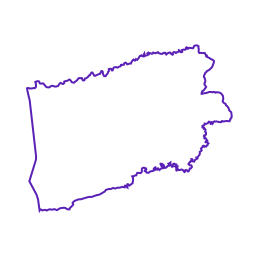 outline of Worodougou, Worodougou, Ivory Coast, rotated 83°
{"feature_id": "98640826B81277132888560", "entity_name": "Worodougou", "entity_type": "district", "adm_level": 2, "iso_a3": "CIV", "parent_name": "Ivory Coast", "parent_adm1": "Worodougou", "projection": "mercator", "projection_center": [-6.759, 8.427], "detail": "fine", "context": "isolated", "style": "outline", "palette": "violet", "viewbox_px": 256, "rotation_deg": 83, "n_neighbors": 0, "source": "geoboundaries", "source_scale": "gbopen_adm2", "svg_char_len": 5652}
<svg xmlns="http://www.w3.org/2000/svg" viewBox="0 0 256 256"><g transform="rotate(83 128 128)"><path d="M78.1,194.3L78.0,195.5L77.2,196.9L76.9,198.5L76.9,199.1L78.1,201.1L77.6,203.7L76.7,204.7L75.7,205.0L75.0,205.8L73.5,206.6L73.3,207.3L73.4,208.7L73.0,210.0L70.8,210.8L70.5,212.3L70.9,214.3L72.1,214.0L72.5,214.2L74.8,214.1L75.9,214.3L76.8,215.2L77.1,215.8L76.8,216.5L77.0,217.9L76.9,220.6L76.1,221.9L76.3,223.4L81.1,223.1L88.6,222.2L145.4,222.7L148.4,223.3L168.8,232.4L182.8,227.0L187.8,226.0L199.1,225.8L198.4,225.2L198.2,224.4L199.3,223.2L199.1,220.6L199.3,219.7L200.0,218.8L199.2,216.5L199.2,215.2L199.8,213.8L199.6,210.8L200.9,208.5L199.4,205.3L199.3,202.2L199.6,200.2L201.3,198.0L201.7,196.1L200.6,195.6L197.4,191.7L196.7,191.7L196.0,192.1L195.3,192.0L194.1,190.3L193.4,188.5L193.3,187.5L192.8,186.0L193.0,183.5L191.6,175.4L192.0,172.5L190.7,166.8L190.9,166.5L190.5,164.1L188.2,158.8L186.8,157.6L186.2,154.5L186.5,152.7L185.7,150.0L186.5,148.3L186.0,145.8L186.2,143.2L185.7,140.9L186.5,138.6L185.3,138.3L184.8,137.9L185.0,137.4L185.9,137.0L186.9,135.9L185.0,136.0L183.7,135.4L183.8,134.8L185.3,133.8L183.4,130.2L180.1,129.3L178.1,129.1L176.5,129.7L176.4,127.7L175.9,126.8L176.0,125.6L173.7,124.3L173.9,122.3L174.3,121.3L174.2,120.7L173.3,119.7L170.2,119.2L169.7,118.8L169.3,117.5L169.4,116.8L170.1,116.0L170.1,115.2L171.1,114.8L171.8,115.4L172.3,116.6L172.7,116.7L173.5,115.3L174.5,115.0L175.0,113.1L173.8,111.2L173.7,108.6L172.9,106.4L172.0,106.4L171.6,107.3L170.7,106.5L170.4,105.6L171.4,105.4L172.8,104.5L172.9,104.1L171.8,103.6L171.7,103.1L173.5,101.9L172.0,99.7L172.2,98.2L172.0,97.6L171.2,97.6L169.4,99.7L168.2,100.1L167.4,100.0L167.7,98.5L168.6,98.1L168.8,97.3L169.6,97.2L170.2,96.8L171.9,96.4L172.2,96.1L171.7,94.5L170.5,93.3L170.5,91.9L170.2,91.2L169.0,90.9L168.5,91.3L168.5,92.1L168.3,92.2L168.0,91.0L167.4,90.1L169.4,90.2L170.8,89.4L171.7,89.3L171.9,88.9L171.7,88.3L169.3,87.6L169.1,87.3L169.1,86.2L169.7,85.8L170.1,84.4L171.2,84.5L171.0,85.3L171.8,86.0L172.2,84.7L172.2,83.5L172.7,83.7L173.4,85.1L174.6,84.9L175.7,85.3L176.1,85.0L175.6,84.1L174.2,84.0L174.2,83.8L175.9,83.1L176.1,81.6L175.7,80.1L176.1,78.9L178.6,77.4L178.4,76.9L176.8,76.3L176.7,75.9L177.0,74.8L178.3,74.2L178.5,73.6L178.0,72.7L175.7,71.6L175.8,70.6L174.6,69.4L173.9,69.3L173.1,69.6L172.8,69.8L172.4,71.4L171.1,72.4L170.9,72.3L170.2,71.3L169.3,70.9L169.3,70.3L168.5,69.8L168.1,68.8L166.6,68.9L166.7,68.1L167.2,67.8L168.8,68.5L169.4,66.3L168.5,65.9L167.6,65.1L166.8,62.9L165.6,63.6L165.5,62.5L162.9,60.0L160.3,59.6L160.0,58.4L159.2,57.6L157.5,58.1L157.0,57.5L156.6,57.4L156.1,56.4L155.3,56.2L154.8,55.4L154.9,54.8L155.9,54.4L155.6,53.6L155.9,52.6L155.1,52.1L154.7,51.1L153.5,50.8L153.1,50.1L151.7,51.2L151.6,52.6L151.4,52.8L150.7,52.4L151.0,51.2L150.5,50.7L147.7,52.1L147.2,52.7L147.7,53.3L147.6,53.5L146.9,53.4L146.4,53.0L145.3,53.7L144.6,53.3L144.6,52.3L144.0,51.4L142.1,51.1L141.2,51.9L140.9,51.9L140.2,51.5L139.1,51.3L138.0,52.0L138.3,52.6L137.7,53.0L136.8,52.6L136.4,54.0L135.0,53.9L134.1,51.6L133.0,51.4L133.4,49.9L133.0,48.2L131.6,47.1L131.9,46.0L132.6,45.9L133.5,45.0L134.0,45.2L134.0,44.5L133.6,44.2L132.4,43.9L132.8,42.9L133.2,42.9L132.3,42.2L131.9,41.4L132.3,40.7L132.2,39.5L133.4,36.3L133.5,34.7L132.9,34.4L132.5,33.7L133.2,32.4L133.0,29.4L133.7,26.5L132.5,25.8L132.1,25.3L131.5,25.3L130.1,23.9L128.4,23.6L124.9,23.6L123.0,25.3L120.6,25.7L118.3,26.9L117.5,27.9L115.9,28.3L114.7,29.9L113.2,30.8L111.0,30.0L109.1,29.8L107.6,29.9L105.1,31.3L103.8,33.3L103.3,35.8L103.6,36.6L103.3,37.4L102.8,37.6L102.6,38.7L102.9,39.8L102.4,40.7L102.2,43.5L102.8,46.0L102.8,49.2L103.2,50.1L103.0,50.8L102.1,50.6L100.6,49.9L99.9,48.3L96.8,45.4L94.1,46.8L92.9,46.7L92.2,46.0L90.5,45.5L87.7,45.8L86.7,46.4L85.6,46.3L82.5,44.4L81.9,43.3L81.2,42.8L80.2,40.3L77.8,37.1L73.4,34.8L72.1,34.5L71.6,34.7L70.4,36.0L69.6,37.5L68.5,38.6L66.5,41.7L66.0,41.7L65.8,40.9L65.6,40.9L64.5,42.1L63.0,42.6L62.6,45.5L62.3,46.2L62.3,47.9L61.9,48.4L60.4,48.6L58.4,48.1L57.0,48.4L55.6,48.0L54.6,49.0L54.3,50.1L54.4,51.6L54.9,52.6L56.3,53.2L56.8,53.8L55.9,57.2L56.6,58.5L56.5,59.9L56.0,59.8L55.6,59.0L55.0,60.1L55.4,60.7L57.1,61.3L57.2,62.7L56.9,63.5L57.2,65.0L58.8,64.8L59.2,65.1L59.3,65.9L59.0,66.7L57.3,67.5L57.0,68.0L57.7,68.1L58.4,68.6L58.8,70.4L59.7,70.9L60.0,70.8L58.4,72.3L58.2,73.3L59.2,74.5L60.4,74.4L60.7,74.7L60.0,75.9L59.3,76.1L58.9,76.5L58.9,76.8L58.2,77.1L58.3,78.8L59.7,81.0L58.8,81.4L58.6,81.9L57.9,81.8L57.8,82.1L57.9,83.8L58.1,84.5L58.5,84.8L58.6,85.8L57.4,88.5L56.6,88.7L56.4,89.0L57.2,91.6L56.2,93.8L57.0,94.3L57.3,95.2L56.5,96.5L56.5,97.4L55.6,98.5L56.0,99.2L56.3,98.4L57.4,98.3L57.6,98.5L57.6,99.2L58.1,99.8L58.3,102.4L57.7,102.8L56.2,102.8L57.8,104.0L57.5,103.4L58.3,103.0L58.8,103.1L58.8,104.4L58.1,105.6L57.5,106.0L58.1,106.9L58.0,107.4L58.5,108.0L59.8,108.7L61.5,110.6L60.6,111.7L61.8,112.5L61.9,113.1L60.7,114.1L61.1,114.7L62.6,116.3L64.4,117.2L64.2,118.1L64.7,121.1L63.2,121.9L62.8,122.4L63.4,124.0L64.7,124.4L64.6,125.3L64.9,126.8L63.7,127.1L65.4,127.5L65.9,128.1L66.1,129.5L66.8,131.0L66.0,132.9L66.3,134.7L66.8,135.2L68.9,136.2L69.0,136.8L68.8,137.1L67.3,137.5L67.0,138.7L67.2,139.9L69.1,140.0L69.6,140.7L71.5,141.6L72.8,143.2L73.8,143.8L73.7,145.2L73.2,145.7L70.8,146.3L69.1,146.2L68.4,146.7L68.2,147.4L70.8,149.2L71.1,150.8L72.2,154.5L72.0,155.1L71.6,155.3L68.6,156.6L68.5,157.3L69.9,158.8L71.1,159.4L71.2,160.5L72.2,161.2L73.5,163.3L73.7,164.9L75.2,165.4L75.5,166.2L75.2,166.9L74.5,167.4L72.9,167.7L72.7,168.1L72.8,169.8L72.4,170.5L72.8,171.3L74.3,172.6L76.5,176.2L75.7,178.2L73.5,179.3L72.7,180.4L73.7,182.2L73.9,185.0L74.2,185.7L75.6,185.8L76.4,187.0L76.3,187.6L75.1,189.1L75.4,190.3L77.8,192.3L78.1,194.3Z" fill="none" stroke="#5b21b6" stroke-width="2"/></g></svg>